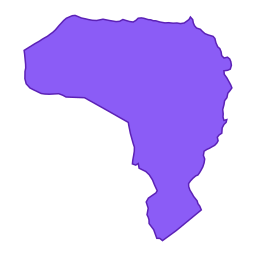 Barroquinha, Ceará, Brazil (Natural Earth projection)
{"feature_id": "56859067B84967197177731", "entity_name": "Barroquinha", "entity_type": "district", "adm_level": 2, "iso_a3": "BRA", "parent_name": "Brazil", "parent_adm1": "Ceará", "projection": "natural_earth1", "projection_center": [-41.162, -3.004], "detail": "fine", "context": "isolated", "style": "filled", "palette": "violet", "viewbox_px": 256, "rotation_deg": 0, "n_neighbors": 0, "source": "geoboundaries", "source_scale": "gbopen_adm2", "svg_char_len": 2014}
<svg xmlns="http://www.w3.org/2000/svg" viewBox="0 0 256 256"><path d="M66.0,97.0L84.5,97.7L101.5,107.2L128.3,122.4L128.7,125.0L129.3,128.0L130.4,133.5L133.3,143.9L134.4,147.1L134.3,151.3L133.7,155.1L132.8,160.1L132.4,163.9L135.7,165.1L138.2,163.5L139.1,168.2L145.8,171.5L149.2,174.7L152.5,179.9L154.6,185.1L157.2,190.7L155.9,192.9L148.4,198.1L146.2,202.0L148.2,208.2L147.0,214.7L148.2,217.2L149.0,219.8L149.1,223.6L153.7,229.7L156.8,238.3L159.8,238.4L162.5,240.6L176.2,230.6L201.3,209.9L199.8,206.2L197.9,203.6L197.1,200.8L195.5,198.8L193.6,196.4L192.1,193.7L189.9,190.1L188.7,186.6L188.6,183.6L190.4,181.0L192.9,178.3L195.7,175.9L197.9,175.0L199.6,172.6L201.1,170.1L202.8,166.9L204.1,162.9L204.7,159.0L203.4,155.4L204.1,151.2L206.9,149.4L209.4,148.3L211.8,146.9L214.7,145.3L216.8,143.1L218.1,140.8L217.3,137.2L219.2,134.9L221.8,133.2L222.2,127.8L224.0,124.4L226.1,122.4L226.8,119.6L223.9,120.4L223.0,117.0L223.2,113.9L222.7,109.6L224.0,104.6L224.6,100.7L226.9,97.7L227.8,93.3L230.2,90.3L231.9,87.9L230.7,84.9L228.9,81.6L226.8,77.8L224.3,74.4L223.9,70.8L227.7,70.3L230.3,69.1L231.4,65.3L230.8,61.6L229.7,59.0L227.5,57.2L224.0,58.0L221.7,55.6L221.1,51.8L219.8,48.6L217.7,46.8L215.9,42.7L214.9,38.5L213.1,36.4L210.9,35.7L208.4,35.0L204.9,33.6L202.3,31.3L200.4,29.3L196.5,28.0L194.5,25.7L193.3,22.9L192.7,19.6L190.4,17.0L189.0,19.5L186.6,21.3L184.2,23.0L180.4,23.6L177.0,23.0L173.1,23.2L168.6,22.7L165.0,22.9L159.9,22.0L155.8,20.8L153.1,20.7L150.8,19.8L148.2,19.6L143.9,18.3L141.3,17.9L138.2,18.2L136.0,20.3L133.2,22.0L129.6,21.5L125.7,20.4L122.9,19.5L119.6,21.3L116.1,21.6L109.4,20.5L103.0,19.2L96.7,20.5L92.4,20.3L88.2,19.5L85.8,18.9L81.4,18.0L77.6,16.4L75.1,15.4L72.3,15.7L70.1,16.6L66.4,18.2L63.7,20.5L61.5,22.9L59.1,25.5L55.4,29.9L52.8,32.3L50.3,34.1L47.4,36.3L44.5,37.9L42.1,39.3L39.3,41.2L35.0,43.6L24.1,50.4L24.6,54.0L25.6,64.3L25.7,68.0L25.0,71.5L24.9,78.8L26.2,83.8L30.0,88.0L34.1,90.1L41.2,93.5L44.6,94.0L49.3,94.2L58.7,93.7L62.7,95.2L66.0,97.0Z" fill="#8b5cf6" stroke="#5b21b6" stroke-width="1.5"/></svg>